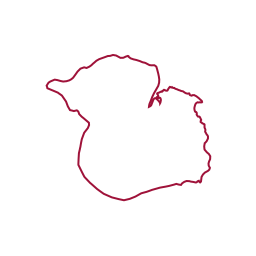 Mtwara Urban, Mtwara, United Republic of Tanzania, rotated 38°
{"feature_id": "72390352B87015028421250", "entity_name": "Mtwara Urban", "entity_type": "district", "adm_level": 2, "iso_a3": "TZA", "parent_name": "United Republic of Tanzania", "parent_adm1": "Mtwara", "projection": "mercator", "projection_center": [40.161, -10.316], "detail": "fine", "context": "isolated", "style": "outline", "palette": "rose", "viewbox_px": 256, "rotation_deg": 38, "n_neighbors": 0, "source": "geoboundaries", "source_scale": "gbopen_adm2", "svg_char_len": 4963}
<svg xmlns="http://www.w3.org/2000/svg" viewBox="0 0 256 256"><g transform="rotate(38 128 128)"><path d="M195.0,84.8L194.0,84.7L193.4,84.4L192.7,84.0L192.1,83.9L191.8,83.8L191.6,83.7L191.4,83.5L191.1,83.3L190.8,83.1L190.7,82.8L190.6,82.6L190.5,82.4L190.3,82.0L189.9,81.6L189.5,81.3L189.1,81.1L188.7,80.9L188.4,80.7L188.1,80.6L187.7,80.1L187.3,79.6L186.8,79.0L186.4,78.4L186.1,78.1L185.7,78.0L185.3,78.2L185.1,78.3L184.7,78.3L184.1,78.4L183.6,78.6L183.3,78.5L183.0,78.4L182.6,78.4L182.3,78.5L182.0,78.6L181.6,78.6L181.4,78.4L181.1,78.0L180.9,77.6L180.8,77.2L180.8,76.8L180.7,76.6L180.5,76.4L180.0,76.2L179.4,75.9L179.2,75.8L178.8,75.6L178.4,75.4L178.0,75.2L177.6,75.1L177.3,75.1L177.2,75.3L176.7,75.5L176.4,75.7L176.1,75.9L175.9,75.9L175.6,75.8L175.3,75.7L175.1,75.6L174.9,75.5L174.6,75.5L174.4,75.4L174.1,75.3L173.9,75.1L173.7,75.0L173.6,74.7L173.4,74.4L173.0,73.9L172.5,73.6L172.1,73.5L171.7,73.5L171.3,73.8L170.6,73.7L170.0,73.3L169.7,73.1L169.2,72.7L168.4,71.9L168.0,71.4L167.9,71.2L167.5,70.4L167.2,69.7L166.7,68.5L166.4,67.2L166.5,66.2L166.7,65.6L167.0,64.9L167.4,64.7L168.0,64.4L168.4,63.9L168.9,63.5L169.4,63.2L169.7,62.9L170.1,62.6L170.4,62.3L170.4,61.9L170.1,61.7L169.8,61.4L169.3,61.2L168.7,61.2L168.0,61.1L167.3,61.1L166.5,61.0L165.5,60.9L164.5,60.9L163.6,60.9L162.7,60.9L161.7,61.0L160.8,61.2L160.0,61.3L159.6,61.6L159.2,61.9L158.7,62.3L158.5,62.7L158.3,63.3L157.9,63.5L157.5,63.6L157.2,63.7L156.7,63.9L156.1,63.8L155.6,63.4L155.2,63.1L154.8,63.1L154.6,63.4L154.3,63.7L153.9,64.2L153.3,64.5L152.8,64.7L152.1,65.0L151.3,65.1L150.6,65.2L149.9,65.2L149.4,65.2L148.6,65.3L147.9,65.7L147.2,66.0L146.5,66.3L145.8,66.4L145.1,66.7L144.5,66.9L143.8,67.1L143.1,67.2L142.6,67.4L142.1,67.6L141.5,67.8L140.7,68.0L139.9,67.9L139.5,68.1L139.3,68.4L138.7,68.7L138.2,68.7L137.6,68.7L137.6,69.1L137.1,69.5L136.5,69.6L136.1,69.6L135.7,69.8L135.7,70.1L135.6,70.4L135.6,70.7L135.6,71.2L135.7,72.0L135.7,72.4L135.7,72.8L135.9,73.5L136.0,73.8L136.0,74.1L135.9,74.4L135.8,74.5L135.5,74.8L135.1,75.1L134.6,75.3L134.0,75.4L133.4,75.5L133.1,75.6L132.8,75.8L132.7,76.3L132.9,76.6L132.8,76.9L132.5,77.2L132.4,77.4L132.2,77.7L132.3,78.1L132.5,78.3L132.4,78.6L132.1,78.8L131.5,79.2L131.2,79.8L130.9,80.6L130.4,81.4L129.8,82.3L129.7,82.7L129.9,83.1L130.4,83.3L130.9,83.4L131.5,83.7L132.1,84.1L132.3,84.3L132.4,84.5L132.2,84.9L132.1,85.2L131.8,85.7L131.7,86.1L131.8,86.5L132.0,86.7L132.7,86.8L133.0,86.6L133.1,86.3L133.2,86.0L133.4,85.6L133.7,85.4L133.9,85.2L134.1,84.9L134.2,84.7L134.5,84.6L134.9,84.5L135.0,84.5L135.4,84.7L135.6,84.8L135.8,84.9L136.1,85.2L136.6,85.6L137.1,86.4L137.5,87.3L137.9,88.1L138.0,88.7L137.9,88.6L136.4,88.0L134.8,87.7L132.9,87.5L131.4,87.5L130.9,87.9L130.5,88.7L130.5,89.5L130.7,90.6L131.1,91.8L131.5,93.2L131.9,94.5L132.3,95.9L132.1,97.1L131.5,98.4L130.6,96.9L130.0,95.5L129.4,93.2L128.6,90.6L127.9,88.3L127.6,86.8L127.1,84.6L126.4,79.7L125.9,76.2L124.6,73.1L122.6,70.3L121.8,69.6L120.7,68.5L118.2,66.4L114.8,63.8L112.7,62.3L112.0,62.2L111.1,62.2L110.0,62.4L108.0,64.1L106.2,65.2L104.0,65.6L101.8,66.0L101.2,66.2L100.7,66.4L100.0,66.7L99.8,66.9L99.5,67.0L99.3,67.1L98.4,67.4L96.4,67.9L95.8,68.1L93.4,69.0L92.6,69.3L90.1,70.5L87.2,71.5L86.1,71.5L85.9,71.5L84.6,71.5L84.1,71.1L83.5,71.3L82.5,72.8L82.4,72.9L82.2,73.3L81.6,74.5L81.1,75.5L78.8,77.4L77.5,77.6L76.9,77.7L74.0,78.2L71.2,79.7L70.8,80.3L69.5,82.2L67.8,83.7L66.2,86.3L64.8,88.5L62.9,91.5L62.1,93.5L61.7,94.4L61.2,97.1L60.8,98.9L60.5,101.1L59.8,103.4L58.4,106.2L56.1,107.2L54.0,110.5L53.5,114.6L53.7,118.6L53.8,122.2L53.3,124.5L52.4,126.6L50.7,129.0L48.3,131.3L45.9,132.5L42.9,133.7L40.5,135.0L40.3,135.3L39.4,136.9L38.1,139.3L37.8,140.3L37.5,141.0L37.5,141.6L37.8,144.7L39.0,145.5L40.0,146.3L44.4,145.1L45.8,144.7L51.0,143.3L52.2,143.3L55.9,143.1L62.9,145.3L67.3,148.0L71.3,149.6L73.2,148.7L74.9,148.0L76.8,145.6L78.6,145.6L79.8,146.3L81.0,147.1L84.6,147.6L86.5,147.6L91.1,147.8L93.9,147.9L95.3,149.4L95.5,149.6L96.4,152.8L96.4,158.7L98.5,165.3L99.8,167.9L100.2,168.7L102.2,172.4L102.7,173.6L103.1,174.3L103.2,174.5L104.8,178.0L108.1,182.8L110.9,186.7L111.3,187.2L111.6,187.6L118.4,190.9L122.3,192.7L123.2,193.1L124.0,193.4L132.0,194.6L133.0,194.6L141.1,195.1L144.8,195.0L149.4,194.8L158.0,192.6L164.6,189.7L169.3,187.4L172.9,182.9L173.1,182.6L176.1,177.4L178.6,171.4L179.3,170.4L182.0,166.8L183.4,164.6L184.4,163.0L185.0,162.0L190.0,155.2L193.6,151.2L196.0,148.4L198.5,145.1L198.7,144.8L198.9,144.6L200.5,142.3L202.9,141.3L204.8,140.2L204.7,138.3L205.5,135.8L206.8,133.7L209.1,132.1L210.6,131.5L211.3,131.1L212.3,130.5L212.9,130.2L213.5,129.9L214.8,129.3L215.4,128.7L215.6,128.1L215.6,127.2L216.3,126.0L217.2,126.5L218.3,126.5L218.5,125.3L217.6,123.8L216.1,121.3L215.7,118.5L216.0,116.0L216.1,115.6L217.4,112.6L217.7,110.8L217.3,109.6L217.1,109.0L214.8,108.0L213.3,106.4L212.5,104.5L211.9,102.0L210.2,99.6L207.7,98.7L205.2,98.6L201.7,97.9L201.0,97.3L199.3,95.5L197.8,92.7L197.9,92.4L198.1,90.1L197.5,87.1L196.3,85.5L195.7,85.1L195.0,84.8Z" fill="none" stroke="#9f1239" stroke-width="2"/></g></svg>